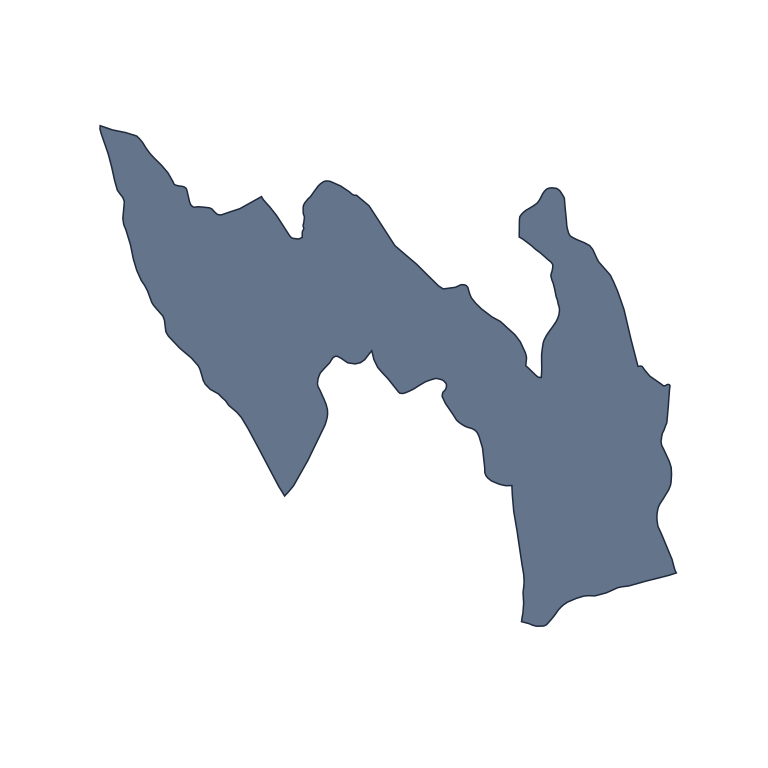 Lai Chau, Lai Chau, Vietnam (Equal Earth projection), rotated 7°
{"feature_id": "81297802B74546691476320", "entity_name": "Lai Chau", "entity_type": "district", "adm_level": 2, "iso_a3": "VNM", "parent_name": "Vietnam", "parent_adm1": "Lai Chau", "projection": "equal_earth", "projection_center": [103.45, 22.387], "detail": "fine", "context": "isolated", "style": "filled", "palette": "slate", "viewbox_px": 768, "rotation_deg": 7, "n_neighbors": 0, "source": "geoboundaries", "source_scale": "gbopen_adm2", "svg_char_len": 5367}
<svg xmlns="http://www.w3.org/2000/svg" viewBox="0 0 768 768"><g transform="rotate(7 384 384)"><path d="M333.7,200.0L332.4,200.2L331.0,200.2L329.0,199.4L326.1,197.4L316.8,192.7L305.8,189.4L303.7,189.4L301.9,189.5L300.1,190.1L298.5,191.2L296.2,193.4L294.4,195.7L290.8,202.1L288.2,207.0L285.9,209.6L284.6,211.8L283.2,214.0L282.3,216.6L282.2,218.7L283.0,224.4L283.5,225.6L283.9,226.3L284.1,226.6L284.6,227.8L284.7,229.3L284.7,233.8L284.4,235.4L284.4,236.8L284.7,237.8L285.3,238.8L285.4,239.7L285.3,240.0L285.2,240.9L284.6,241.9L284.4,243.1L284.5,244.6L284.6,245.8L285.0,248.4L281.7,250.5L277.8,250.5L275.5,250.5L274.3,250.0L272.4,248.5L256.8,229.8L249.1,222.2L244.6,218.3L241.8,215.8L240.2,213.8L239.6,212.9L219.6,227.5L210.5,231.8L206.5,233.7L203.9,235.0L201.6,236.1L200.5,236.1L198.7,236.1L197.7,235.8L195.3,234.2L191.8,231.2L189.2,230.4L182.0,230.5L177.2,230.8L175.3,231.4L174.1,231.7L172.7,231.4L171.8,230.8L170.4,229.7L169.0,227.3L167.6,223.5L165.7,218.3L164.6,215.3L163.4,213.6L161.5,212.7L159.7,212.4L156.4,212.4L153.6,212.1L152.2,211.8L151.0,210.9L149.9,208.9L143.8,200.7L136.5,194.0L128.8,188.1L123.7,183.8L119.3,179.1L114.8,173.5L110.6,169.7L108.3,168.0L96.8,165.9L83.6,164.9L70.8,162.2L71.0,165.5L72.6,169.6L82.3,189.4L87.3,202.0L91.8,214.8L95.7,224.1L98.4,227.1L102.0,230.7L104.0,234.5L104.2,238.6L104.6,251.6L106.2,257.4L109.1,262.6L115.4,276.8L120.0,290.6L124.7,301.3L130.5,310.9L134.3,315.2L137.9,320.4L140.4,325.2L143.6,331.4L145.8,334.1L149.6,337.6L156.3,343.6L158.3,347.5L161.1,358.7L164.2,362.8L176.7,373.2L189.8,381.8L197.4,388.6L199.4,391.6L202.1,397.6L204.2,402.6L206.7,406.1L212.2,410.5L220.9,414.0L224.2,416.7L228.7,419.9L232.7,424.3L241.4,430.0L246.5,434.6L254.4,444.7L268.3,464.4L284.6,487.9L292.2,498.8L295.8,503.2L299.0,507.3L302.7,502.2L306.7,495.9L317.7,469.3L330.4,432.1L331.2,428.0L331.7,423.9L331.7,420.7L331.0,416.3L329.0,411.2L326.2,406.2L321.4,398.3L318.6,394.2L317.9,391.6L317.9,390.4L317.9,388.8L317.9,387.2L318.4,384.4L319.4,380.9L322.4,376.5L327.5,369.6L328.8,366.7L330.3,363.9L332.6,362.3L334.6,362.3L338.1,363.6L345.4,367.4L352.9,367.6L358.1,365.7L362.0,362.1L365.2,356.6L367.8,352.5L368.1,353.2L371.0,361.0L375.8,368.4L380.8,372.9L387.2,378.2L399.3,390.1L400.8,391.2L403.7,391.2L406.4,390.1L410.2,387.9L414.0,385.4L419.3,381.0L425.1,376.6L430.7,373.8L434.9,372.1L438.7,372.4L441.4,372.9L443.0,373.7L445.2,375.6L446.1,377.0L446.3,379.8L445.4,382.6L443.6,384.8L443.2,386.4L443.2,389.2L447.0,395.3L449.2,397.9L456.9,406.7L460.3,410.9L462.9,412.8L466.0,414.5L469.1,415.9L471.8,416.7L475.6,417.3L478.0,417.9L480.7,419.3L482.7,421.2L484.9,424.8L489.6,435.6L494.2,455.1L494.9,459.8L496.4,462.6L498.6,464.8L500.0,465.6L502.2,467.0L505.7,468.1L510.2,469.3L513.3,469.8L517.5,470.1L523.3,469.2L524.9,478.6L528.3,494.7L534.3,514.8L535.3,518.6L542.8,545.7L546.0,556.6L547.2,563.5L547.4,567.5L547.4,571.5L547.4,573.8L548.5,580.1L549.3,584.3L549.8,594.6L549.5,598.7L549.5,601.8L549.4,603.1L557.2,604.2L560.9,605.3L564.6,605.8L567.3,605.5L570.8,605.0L572.5,604.5L574.6,603.2L576.6,600.4L580.4,594.7L582.2,591.6L584.5,587.2L586.8,583.9L589.1,581.3L592.6,578.2L596.6,575.9L601.1,573.3L608.1,570.2L611.0,569.5L614.4,569.0L619.2,568.6L630.3,564.1L640.8,557.7L644.8,556.3L647.7,555.6L651.6,554.6L667.6,547.9L690.3,539.1L697.2,535.9L695.4,533.2L693.3,528.1L691.3,523.0L687.3,516.0L677.9,499.4L673.2,491.8L671.7,486.4L671.1,483.1L670.8,479.0L671.2,473.3L672.4,469.5L675.4,463.4L679.6,454.0L680.7,449.7L680.9,446.7L680.7,442.9L680.4,438.4L679.2,431.8L676.7,426.2L669.5,414.6L667.1,411.1L666.0,407.6L666.0,405.2L666.0,403.1L666.3,399.1L667.5,395.8L668.6,391.0L669.4,388.2L669.4,385.9L668.9,371.7L668.1,355.4L668.1,352.6L668.1,351.4L668.1,350.9L667.4,350.0L666.2,349.7L664.7,350.3L663.8,351.2L662.8,351.6L661.3,351.7L660.6,351.1L658.1,349.7L646.9,343.8L640.9,338.2L638.7,335.7L637.7,335.0L636.6,334.9L633.9,335.5L623.5,309.0L613.1,280.7L604.5,263.3L599.0,253.9L598.4,253.1L595.5,248.5L592.2,245.5L582.4,236.8L579.9,233.3L575.5,226.1L574.7,224.9L571.3,221.6L565.5,219.3L558.2,217.3L553.7,215.7L550.8,214.4L548.8,211.7L547.2,207.8L546.1,204.5L545.1,199.3L542.0,185.6L541.2,181.6L540.4,177.7L539.4,176.1L536.8,172.8L534.7,170.5L531.5,168.8L527.3,168.8L524.7,169.2L522.6,170.1L521.0,171.4L519.4,173.7L518.1,176.3L517.1,179.3L515.8,182.5L514.2,185.5L511.6,188.1L508.4,190.7L503.7,194.3L501.8,196.2L500.0,198.5L499.0,200.2L498.4,201.5L498.4,204.4L498.7,207.4L500.3,221.7L500.7,221.8L503.4,222.9L508.2,225.6L513.3,228.6L517.7,231.7L522.5,234.4L526.6,237.1L531.5,240.5L534.8,242.6L536.3,244.1L537.0,245.3L537.3,247.7L537.0,251.7L536.5,254.1L536.4,256.3L538.1,260.6L539.5,263.0L541.7,268.7L544.3,276.6L545.8,279.3L547.2,283.5L548.7,286.9L549.2,289.6L549.2,291.7L549.2,293.8L548.4,297.7L547.2,301.1L544.3,306.8L541.9,311.0L539.4,315.8L537.7,320.4L537.0,323.4L536.8,329.1L536.8,335.2L537.6,341.7L538.8,350.4L539.3,358.3L538.9,358.3L537.2,358.5L536.2,358.4L535.5,358.1L532.5,356.0L525.4,350.6L522.5,348.6L522.4,344.8L522.4,342.0L522.1,339.8L520.6,335.9L514.2,325.6L510.0,321.2L508.0,319.2L502.6,315.3L499.3,313.1L496.0,310.6L492.0,307.8L482.9,304.2L471.5,297.5L465.3,292.8L460.2,287.8L458.2,284.4L456.9,281.4L456.2,279.7L455.4,277.8L453.8,276.4L452.2,275.8L449.6,275.8L448.1,276.2L443.1,279.3L431.2,282.4L426.2,280.0L412.4,269.4L401.9,261.2L389.3,252.9L377.9,245.3L357.1,220.4L347.4,208.9L333.7,200.0Z" fill="#64748b" stroke="#1e293b" stroke-width="1.5"/></g></svg>